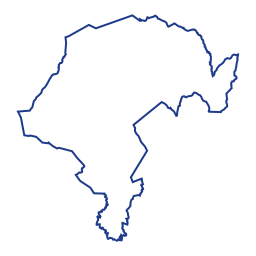 outline of San Mateo Río Hondo, Oaxaca, Mexico
{"feature_id": "50627088B41033546830678", "entity_name": "San Mateo Río Hondo", "entity_type": "district", "adm_level": 2, "iso_a3": "MEX", "parent_name": "Mexico", "parent_adm1": "Oaxaca", "projection": "equal_earth", "projection_center": [-96.499, 16.1], "detail": "fine", "context": "isolated", "style": "outline", "palette": "blue", "viewbox_px": 256, "rotation_deg": 0, "n_neighbors": 0, "source": "geoboundaries", "source_scale": "gbopen_adm2", "svg_char_len": 5770}
<svg xmlns="http://www.w3.org/2000/svg" viewBox="0 0 256 256"><path d="M238.0,54.5L236.2,55.2L234.7,54.6L233.5,54.7L232.4,55.5L231.0,57.8L230.3,58.5L229.5,58.7L227.8,58.2L227.1,58.2L225.2,59.4L223.9,61.7L223.2,62.6L221.6,64.0L219.4,65.5L217.6,67.6L216.9,68.8L216.5,70.1L215.4,71.1L214.8,72.1L214.6,72.6L214.3,74.3L213.8,75.3L212.8,76.1L212.6,75.5L212.7,75.2L212.4,74.6L212.1,73.6L212.4,72.8L212.3,71.9L211.7,71.6L211.5,70.9L211.7,69.9L211.3,69.0L211.7,68.6L211.8,66.6L211.6,66.2L210.6,65.5L210.4,64.1L209.9,64.0L210.0,63.1L209.8,62.7L209.8,62.4L210.6,62.4L210.5,61.3L210.8,60.0L211.0,59.8L210.7,58.8L210.9,57.8L210.9,56.5L210.2,55.0L210.5,54.2L210.2,53.7L209.6,53.2L209.3,53.5L209.0,53.2L209.0,52.2L208.6,51.9L207.4,52.3L207.2,51.2L206.8,51.0L206.7,50.1L206.0,49.0L205.7,48.9L205.5,47.1L205.0,47.0L204.6,46.7L204.8,45.0L203.3,42.9L203.5,42.2L203.0,40.1L202.0,39.4L201.3,37.4L201.3,36.3L200.7,36.2L199.7,34.9L198.4,34.8L197.5,32.9L197.0,32.9L196.9,32.4L195.8,30.5L194.4,29.6L194.3,29.8L192.6,29.5L188.3,30.8L187.0,30.7L184.3,29.1L183.8,28.2L183.6,28.5L180.5,26.6L178.9,26.5L174.4,23.4L168.6,26.7L167.9,26.3L166.5,23.0L165.6,22.0L163.1,20.8L161.8,20.4L159.1,18.8L158.1,18.8L157.6,18.0L157.5,17.6L157.2,17.0L156.6,16.8L155.6,15.7L154.5,15.9L153.4,16.9L152.7,16.9L148.7,18.1L148.2,17.5L147.4,17.3L147.1,17.8L146.4,19.9L145.7,20.7L145.0,20.7L144.8,20.9L142.7,20.3L142.1,20.5L141.4,20.4L141.0,19.8L140.5,19.5L140.9,20.7L139.9,20.8L132.4,15.4L95.9,28.3L88.9,24.9L68.5,36.3L65.5,37.3L66.1,43.1L65.3,52.9L65.6,54.1L65.8,54.3L64.8,55.7L64.6,56.6L63.6,56.8L63.4,58.0L62.8,58.3L62.3,59.6L62.5,60.6L62.5,60.9L62.2,61.1L62.3,61.6L62.1,62.2L61.4,63.0L61.1,63.0L60.2,63.0L58.7,65.1L59.0,66.9L58.4,67.5L58.8,68.4L58.8,68.9L58.5,71.0L57.9,72.0L57.9,72.8L56.7,73.8L53.9,74.4L53.5,74.3L53.4,74.6L52.3,75.1L50.1,78.4L47.0,84.1L45.0,87.2L42.9,88.9L41.9,90.4L41.4,92.7L39.5,94.7L36.3,97.5L35.6,99.3L33.9,101.0L32.2,107.6L31.1,108.5L29.9,110.6L18.0,111.6L20.9,117.5L24.3,135.3L28.9,136.0L29.9,135.5L36.1,136.8L42.4,142.6L48.4,143.3L48.6,142.7L52.7,146.0L57.1,148.5L59.0,147.8L72.0,151.2L77.6,158.4L83.2,164.4L84.4,166.1L83.7,167.2L83.3,167.4L82.4,168.4L81.9,168.4L81.8,169.9L82.2,170.8L82.1,172.0L81.4,172.4L80.8,172.4L80.3,172.7L79.2,172.5L77.7,173.9L75.8,174.9L79.6,180.2L80.7,181.3L90.4,187.7L94.0,193.3L103.9,193.6L104.1,194.0L104.5,193.8L104.6,194.5L105.5,195.0L105.9,195.3L105.7,195.9L105.1,196.7L105.1,197.1L105.5,197.4L106.3,197.3L106.9,198.6L106.8,199.4L106.2,199.8L106.1,200.6L107.1,202.5L106.9,203.3L106.3,204.1L106.5,204.6L107.2,204.1L107.7,204.5L107.6,205.1L107.2,205.5L106.2,205.8L106.1,206.9L105.6,207.1L105.8,207.7L105.6,208.1L105.0,208.1L104.5,209.4L104.1,209.8L102.6,209.7L102.2,210.2L102.1,211.5L101.8,211.8L101.3,211.2L100.7,211.3L100.1,212.2L99.5,212.1L98.7,212.4L98.6,213.0L98.9,214.3L100.0,215.6L100.5,216.5L100.2,217.3L99.7,216.9L98.7,217.5L98.6,217.1L97.7,216.4L97.4,216.7L97.4,217.1L98.2,218.8L98.2,219.6L98.1,220.1L97.6,220.8L96.7,223.3L96.6,224.7L97.1,224.9L99.2,224.1L99.8,224.3L99.7,227.5L101.4,228.6L102.1,227.6L103.0,228.0L103.4,229.4L105.7,230.2L106.1,231.2L105.2,231.8L105.2,232.4L105.9,233.5L107.8,233.1L107.8,233.7L107.5,234.6L106.9,235.6L107.8,238.7L108.4,238.8L110.0,237.8L112.1,238.3L113.2,239.7L114.2,239.2L115.7,240.2L116.7,240.6L117.4,240.6L118.2,239.4L119.1,240.1L121.6,240.3L121.8,239.9L121.9,238.1L121.6,238.3L121.3,239.0L121.0,239.2L120.7,238.5L119.9,238.1L119.6,237.2L119.8,236.9L120.6,236.7L120.8,235.4L121.1,234.9L121.7,235.9L122.6,236.0L123.7,235.1L124.4,235.7L125.2,235.1L125.8,235.6L126.1,235.4L126.3,234.8L126.2,234.0L125.8,233.6L125.4,233.2L124.6,232.9L124.2,232.1L123.6,231.6L123.4,230.9L123.8,230.3L123.5,229.7L122.8,229.4L122.2,228.0L122.4,227.0L122.9,226.5L122.5,224.9L122.5,224.0L122.3,223.0L122.4,222.9L123.1,222.8L124.2,223.6L126.4,224.2L127.1,224.7L127.4,224.6L127.3,223.5L127.7,222.9L127.5,222.3L127.0,221.4L127.4,220.5L126.4,218.7L126.9,218.6L127.3,218.9L127.9,218.7L128.6,217.7L128.7,217.2L128.0,214.9L128.0,214.2L127.6,212.2L126.7,211.0L126.6,210.5L126.7,210.0L127.9,209.0L129.6,207.1L130.1,206.2L130.5,205.8L130.4,204.0L130.7,202.0L131.4,199.9L131.8,199.3L132.7,199.1L133.6,196.1L138.0,195.1L139.7,195.5L139.5,194.9L139.6,194.7L140.5,194.2L140.6,193.2L141.3,192.8L141.5,192.5L141.7,191.7L142.1,191.5L142.2,190.7L141.7,190.3L141.8,189.6L143.1,189.1L142.9,188.2L142.0,186.9L141.8,185.6L141.2,185.2L141.4,184.7L142.2,184.8L143.0,184.3L142.5,183.1L142.3,181.7L141.8,180.8L142.0,179.6L141.7,178.8L141.2,179.3L140.9,178.9L132.8,182.1L130.9,177.3L147.1,150.7L145.0,146.6L141.1,142.0L138.7,136.3L137.8,135.1L136.6,134.2L136.1,133.0L135.3,132.0L134.9,130.2L135.1,128.0L133.5,124.9L161.6,102.1L164.8,103.7L166.6,105.3L168.2,107.9L169.6,108.3L170.0,108.3L170.5,107.8L171.1,108.7L171.3,109.3L172.7,110.3L174.0,111.6L176.3,115.8L177.0,115.5L177.1,113.5L177.5,110.8L178.2,108.1L178.2,107.3L178.6,106.1L179.5,106.0L179.9,105.7L179.8,103.6L180.3,102.0L180.8,101.2L180.8,100.3L182.2,96.8L183.2,96.3L184.5,96.3L185.7,97.3L186.1,97.3L188.2,96.3L191.0,95.9L191.9,95.5L192.6,94.8L192.7,94.0L193.3,93.7L194.2,92.5L196.3,93.0L198.7,94.8L200.0,95.2L201.4,97.0L202.0,98.8L203.2,100.6L205.4,101.6L206.1,101.7L206.5,102.3L208.3,105.2L209.2,107.4L209.3,109.0L209.2,110.0L208.8,110.7L208.7,111.2L209.0,111.7L220.9,112.1L221.3,111.0L223.9,109.6L225.3,108.0L226.9,106.7L227.2,106.0L227.1,104.7L226.5,103.0L226.2,100.9L227.1,99.6L226.4,93.6L231.7,88.1L231.5,87.6L231.5,87.0L231.3,86.2L231.5,84.9L231.2,84.7L231.1,84.2L231.3,82.7L232.3,81.3L233.7,81.4L234.1,80.9L234.4,79.8L235.2,79.3L235.9,79.1L236.6,78.0L236.6,77.4L235.4,75.9L234.7,75.8L234.4,75.1L234.4,72.1L234.5,71.5L235.5,70.5L235.7,68.4L236.1,67.7L236.7,63.1L237.2,61.5L237.3,60.3L237.6,59.3L237.6,58.9L237.3,58.5L237.3,57.7L237.9,55.8L238.0,54.5Z" fill="none" stroke="#1e3a8a" stroke-width="2"/></svg>